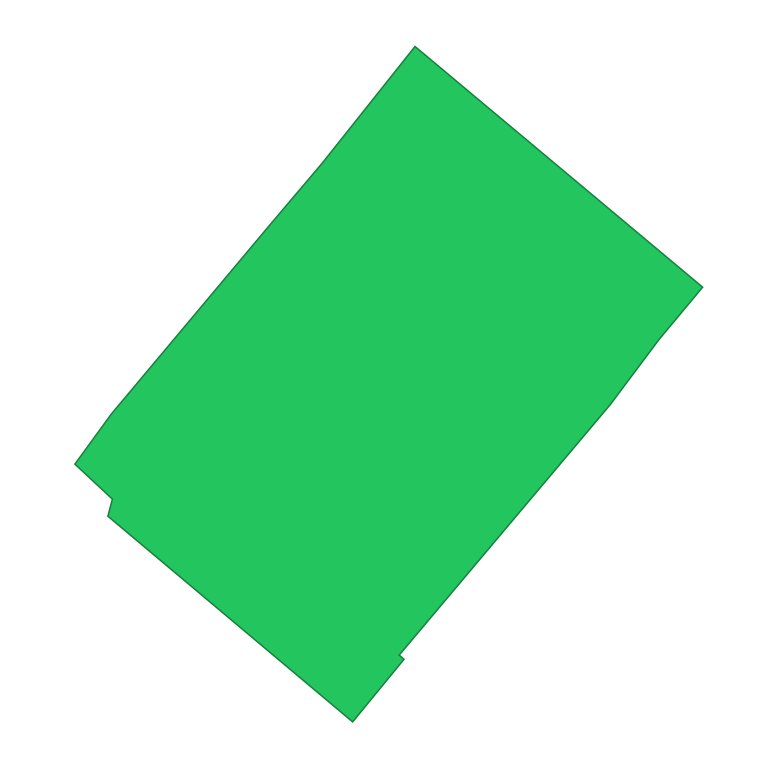 Todd, Minnesota, United States of America (Robinson projection), rotated 220°
{"feature_id": "52423323B13175905276165", "entity_name": "Todd", "entity_type": "district", "adm_level": 2, "iso_a3": "USA", "parent_name": "United States of America", "parent_adm1": "Minnesota", "projection": "robinson", "projection_center": [-94.915, 46.071], "detail": "fine", "context": "isolated", "style": "filled", "palette": "green", "viewbox_px": 768, "rotation_deg": 220, "n_neighbors": 0, "source": "geoboundaries", "source_scale": "gbopen_adm2", "svg_char_len": 363}
<svg xmlns="http://www.w3.org/2000/svg" viewBox="0 0 768 768"><g transform="rotate(220 384 384)"><path d="M190.8,105.0L191.7,186.0L198.1,186.1L197.8,350.6L197.4,513.7L201.9,594.9L202.1,663.0L484.2,662.6L577.2,662.5L573.3,513.6L573.7,431.5L573.6,186.0L569.3,123.9L518.1,121.2L510.5,105.2L190.8,105.0Z" fill="#22c55e" stroke="#15803d" stroke-width="1.5"/></g></svg>